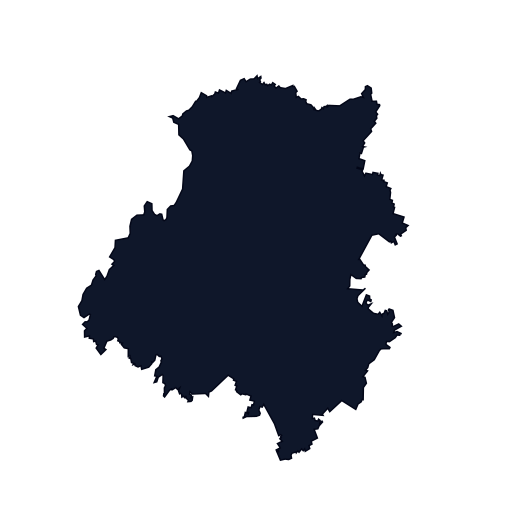 outline of Chicontepec, Veracruz, Mexico, rotated 14°
{"feature_id": "50627088B30758784507478", "entity_name": "Chicontepec", "entity_type": "district", "adm_level": 2, "iso_a3": "MEX", "parent_name": "Mexico", "parent_adm1": "Veracruz", "projection": "equal_earth", "projection_center": [-98.042, 21.007], "detail": "fine", "context": "isolated", "style": "filled", "palette": "ink", "viewbox_px": 512, "rotation_deg": 14, "n_neighbors": 0, "source": "geoboundaries", "source_scale": "gbopen_adm2", "svg_char_len": 6086}
<svg xmlns="http://www.w3.org/2000/svg" viewBox="0 0 512 512"><g transform="rotate(14 256 256)"><path d="M97.5,335.1L97.9,341.5L95.9,348.0L100.0,355.9L104.0,357.4L108.4,352.5L109.5,353.0L109.5,358.6L108.2,360.7L106.1,361.2L104.3,364.3L109.5,367.1L107.7,370.1L109.3,376.1L113.7,373.8L114.1,376.1L118.3,375.8L119.2,378.3L121.0,377.3L122.6,380.3L124.3,380.5L123.2,384.0L129.3,389.1L133.0,383.1L130.7,382.3L131.9,374.7L135.4,372.6L137.3,370.5L137.7,368.7L139.0,368.3L141.2,368.4L142.5,369.8L142.4,371.7L144.4,372.0L144.9,373.2L147.5,372.9L146.8,374.3L150.4,377.0L154.5,376.8L156.3,384.2L157.8,383.2L158.5,384.7L157.5,385.6L159.5,386.1L161.0,389.5L163.2,389.7L163.0,391.1L164.5,389.9L165.2,391.6L168.4,392.2L170.9,390.3L172.5,393.6L178.8,389.8L181.0,385.5L180.2,383.9L181.6,384.1L183.0,381.6L182.8,376.3L183.9,375.4L186.5,376.9L187.9,376.2L189.6,378.4L189.1,380.8L189.9,381.6L188.9,387.1L186.3,390.6L186.7,396.8L188.9,396.7L187.8,403.4L190.1,402.1L190.5,397.3L193.6,393.7L194.8,394.4L196.3,401.4L198.5,401.9L199.6,403.7L199.0,406.2L200.5,411.7L199.9,411.9L200.1,414.1L201.4,414.9L204.6,407.1L206.2,405.4L206.9,406.2L210.0,403.1L212.2,404.5L213.9,402.3L213.5,405.6L215.2,408.2L216.0,407.4L217.4,408.4L218.2,410.8L219.3,409.6L221.2,410.7L221.8,408.6L222.2,410.5L225.4,412.4L225.2,413.8L228.1,412.8L229.0,411.4L228.6,408.1L227.1,409.2L227.5,407.9L226.8,406.6L225.0,406.3L224.7,403.8L227.8,405.3L240.3,401.6L243.8,403.7L243.2,399.5L245.5,397.7L257.8,378.4L264.1,380.5L264.2,381.9L267.4,382.4L267.0,386.5L268.8,386.8L268.5,390.8L270.0,391.3L270.0,392.3L274.8,394.4L275.8,393.1L279.6,393.1L279.6,392.2L285.1,393.1L284.9,397.3L289.6,397.2L289.6,401.2L288.1,401.2L288.0,404.4L284.9,404.4L284.9,409.6L286.8,409.6L286.8,411.2L283.5,410.4L283.6,414.8L282.5,415.6L282.8,416.4L285.6,414.1L295.0,411.5L297.9,409.6L298.1,407.6L296.0,404.8L296.2,401.1L298.6,401.1L299.4,398.0L314.5,414.3L321.5,424.8L323.1,423.4L324.3,423.8L323.6,425.7L324.4,426.2L323.4,427.6L326.3,429.4L322.2,432.8L326.0,436.3L322.5,439.3L323.4,440.6L324.9,439.4L325.3,440.6L324.1,441.5L329.1,448.2L333.4,446.0L336.9,445.6L339.4,443.6L338.2,441.0L338.5,438.7L342.3,436.4L342.7,437.2L343.7,435.0L345.2,436.0L347.0,432.1L348.9,433.5L349.9,431.4L351.0,433.6L354.7,429.9L353.3,427.2L355.8,425.0L354.4,422.3L359.6,417.8L354.3,410.1L357.8,408.7L358.3,405.5L360.7,401.0L360.0,400.3L358.3,402.7L358.0,400.1L356.2,399.2L355.9,401.3L353.1,401.3L351.9,399.2L349.9,400.0L349.3,396.0L359.6,394.4L358.6,393.4L362.5,386.3L365.2,389.2L374.2,375.5L389.9,380.7L390.8,374.9L393.3,372.1L393.8,369.3L394.7,369.4L392.0,357.6L393.9,352.8L391.1,347.4L388.9,347.3L392.0,340.5L389.8,340.3L391.4,337.3L391.5,333.3L395.8,328.1L398.6,317.8L400.0,315.7L407.8,313.7L408.1,312.3L403.4,310.3L403.3,307.4L406.2,306.8L410.9,301.5L411.9,298.6L414.6,298.1L414.7,296.5L416.1,296.2L411.1,295.2L408.1,297.1L408.3,294.4L414.0,289.0L410.9,287.4L406.6,291.0L405.0,291.0L404.8,289.0L403.4,287.6L405.3,282.3L402.0,275.6L398.0,275.2L397.6,276.0L398.8,278.2L397.9,280.7L396.1,277.6L394.6,277.5L394.1,280.7L392.7,281.7L392.8,283.9L389.7,280.7L388.6,283.0L383.9,283.2L377.6,280.1L377.4,278.7L379.3,274.6L376.5,276.6L374.0,275.2L374.6,271.6L378.4,272.4L378.4,270.7L376.7,270.2L375.9,267.4L372.5,267.0L371.0,279.2L365.9,276.3L364.3,273.1L364.5,269.8L370.0,260.8L368.2,263.1L352.8,265.6L354.2,262.4L352.7,256.0L352.6,251.0L358.7,253.5L363.4,252.6L363.6,251.3L366.6,250.1L366.5,247.5L367.6,246.9L367.5,245.2L369.1,242.2L364.7,239.8L364.1,238.5L362.5,238.7L357.6,234.2L356.5,234.5L363.4,207.8L369.7,204.7L382.0,210.0L383.1,209.0L384.1,210.5L386.2,208.5L388.4,211.5L390.0,210.1L385.7,204.1L387.1,201.8L386.6,201.1L388.0,200.2L391.4,201.8L392.1,201.2L391.0,199.8L395.5,194.7L394.4,192.3L396.2,189.6L389.9,188.6L390.2,182.4L378.7,181.7L378.7,175.3L377.5,175.2L377.5,172.2L375.0,171.7L374.9,169.0L372.1,168.7L371.2,161.9L370.1,159.7L370.5,157.9L365.5,157.2L365.7,153.3L361.8,152.9L361.9,151.6L359.5,151.8L359.7,146.8L357.5,146.8L356.7,145.7L356.6,148.1L354.2,148.0L354.3,146.3L349.3,146.6L349.3,148.8L342.6,149.1L341.9,152.1L338.4,148.1L338.6,146.6L332.8,146.4L332.8,145.4L338.9,145.5L338.5,137.2L332.3,136.6L332.0,130.9L333.5,131.0L333.9,124.4L334.8,123.9L332.8,123.9L334.1,120.0L332.0,118.3L338.0,107.2L336.5,104.8L340.1,98.2L338.2,96.6L339.9,93.1L338.9,90.8L339.7,89.0L337.3,87.3L339.7,80.2L339.2,79.2L336.7,79.6L335.4,76.7L331.2,77.8L328.1,71.4L328.9,70.0L327.1,65.2L322.9,63.8L321.2,65.2L321.8,68.1L319.2,72.9L321.9,76.2L319.3,76.1L312.5,80.4L309.3,81.1L300.9,90.1L290.1,92.3L289.6,93.6L288.8,92.8L288.6,93.9L288.3,93.5L287.6,93.1L288.4,93.7L285.9,94.6L285.8,96.8L284.1,96.0L283.8,97.9L281.6,100.1L279.2,100.2L277.3,98.6L277.6,99.8L276.6,99.9L275.5,97.9L272.7,96.0L268.4,96.0L266.9,94.1L266.8,92.3L264.1,91.9L261.9,92.8L258.5,90.9L256.7,92.4L255.0,87.8L256.0,86.2L252.1,82.1L250.6,82.7L250.4,81.7L244.1,86.4L238.8,86.8L237.0,85.5L234.8,88.3L232.5,86.6L233.2,84.9L230.3,83.8L229.5,86.4L227.7,86.0L226.1,87.9L224.9,86.8L223.5,87.7L221.8,85.8L220.7,88.1L217.5,86.7L218.1,85.8L216.9,84.1L217.8,82.2L217.2,80.7L214.6,83.6L213.4,80.9L211.2,84.7L207.7,85.7L204.2,89.3L201.6,86.8L198.4,89.3L196.6,98.3L197.9,98.9L192.5,101.9L192.5,104.3L187.1,102.5L187.0,105.2L180.4,103.7L180.2,107.0L176.9,106.7L176.8,108.9L174.5,112.0L174.0,111.4L169.9,114.0L169.3,112.5L163.4,110.8L162.8,115.9L160.9,120.3L160.0,120.5L158.1,126.6L155.6,130.8L153.4,132.1L150.6,135.9L150.7,137.8L147.7,141.6L141.6,139.9L138.3,141.7L141.8,142.3L143.9,146.1L149.1,147.0L151.9,157.1L157.3,160.0L166.2,169.0L168.3,169.5L170.3,173.9L171.2,179.3L169.7,185.0L165.4,190.8L168.6,208.8L165.7,223.1L164.4,226.8L161.1,228.1L158.7,232.3L160.3,240.3L159.9,242.4L158.3,244.0L157.0,243.4L154.4,238.3L152.5,238.4L150.2,240.8L147.5,240.2L144.1,237.0L142.3,230.5L137.3,229.6L135.5,234.5L137.4,240.1L137.1,243.3L130.6,245.2L126.4,250.5L126.5,257.6L128.5,264.5L127.6,269.3L115.8,274.8L117.2,282.0L114.2,292.3L119.0,293.9L120.1,295.6L118.2,298.8L120.3,299.6L117.0,304.6L116.3,311.7L114.9,315.5L107.1,308.0L105.0,309.6L104.9,312.6L105.7,313.9L103.7,318.7L103.4,324.1L99.5,328.2L97.5,335.1Z" fill="#0f172a" stroke="#020617" stroke-width="1.5"/></g></svg>